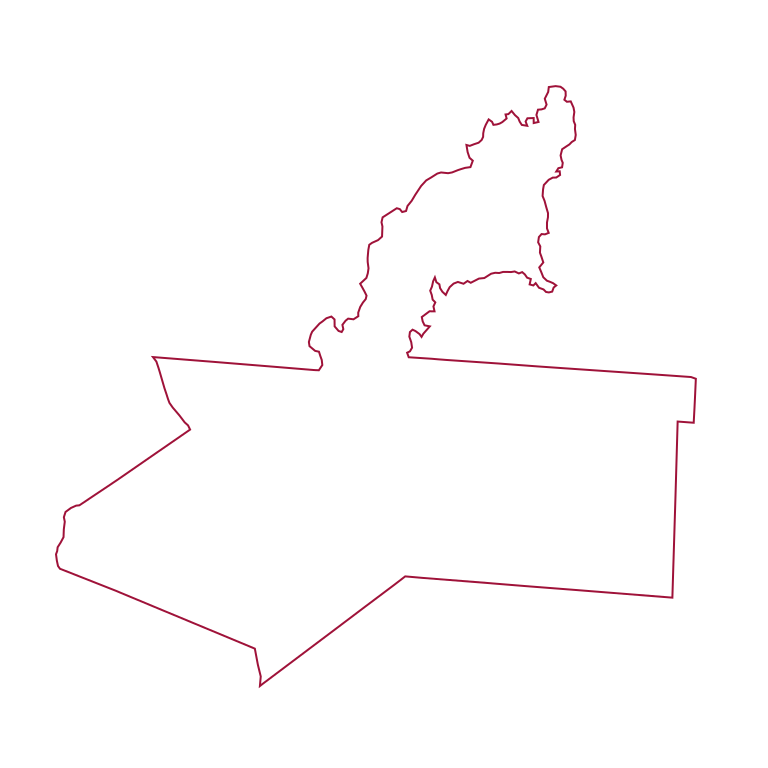 the district of Bacabal, Maranhão, Brazil, rotated 5°
{"feature_id": "56859067B39031921407677", "entity_name": "Bacabal", "entity_type": "district", "adm_level": 2, "iso_a3": "BRA", "parent_name": "Brazil", "parent_adm1": "Maranhão", "projection": "natural_earth1", "projection_center": [-44.74, -4.12], "detail": "fine", "context": "isolated", "style": "outline", "palette": "rose", "viewbox_px": 768, "rotation_deg": 5, "n_neighbors": 0, "source": "geoboundaries", "source_scale": "gbopen_adm2", "svg_char_len": 3660}
<svg xmlns="http://www.w3.org/2000/svg" viewBox="0 0 768 768"><g transform="rotate(5 384 384)"><path d="M695.9,395.6L695.4,380.9L695.0,370.6L694.2,351.6L689.2,350.3L653.8,350.9L562.8,352.6L534.9,353.1L496.2,353.6L444.3,354.6L435.3,354.7L429.4,354.7L406.3,355.2L404.3,350.8L407.0,349.2L408.8,345.4L407.5,340.0L405.1,334.6L405.3,330.0L407.7,327.4L410.7,328.5L415.1,331.2L417.3,333.8L418.8,330.5L422.2,325.9L424.6,322.6L419.3,322.0L417.1,318.3L415.8,314.0L423.0,307.6L428.0,307.2L426.5,302.4L428.0,298.2L425.1,295.7L423.8,291.1L421.9,287.0L423.3,282.8L424.0,277.4L425.4,273.4L427.3,278.0L430.5,279.9L431.5,283.6L434.1,287.0L437.8,289.9L439.2,285.9L441.0,281.8L444.6,277.9L448.7,275.9L454.5,277.2L458.2,274.1L461.6,275.6L469.4,270.7L474.7,269.7L481.1,264.8L485.1,263.5L489.1,263.4L492.8,262.0L497.2,261.6L500.8,261.4L504.4,260.5L508.7,262.1L511.9,260.5L514.7,262.5L517.3,265.6L521.1,266.6L520.4,272.1L524.2,272.8L526.3,270.3L530.0,274.6L534.7,275.9L537.4,278.2L540.3,278.4L543.5,277.3L544.6,273.1L547.0,270.8L543.6,268.8L540.3,267.7L537.3,266.9L533.4,263.8L530.8,258.6L528.5,254.3L532.1,249.0L529.6,243.2L527.9,239.6L527.7,233.3L525.2,229.4L525.5,224.1L527.9,220.9L531.3,220.9L534.9,219.1L532.8,214.8L532.3,208.9L532.8,203.6L532.5,199.5L530.3,193.9L528.0,187.6L525.6,182.9L525.5,176.3L525.9,171.8L530.3,166.2L534.1,163.7L537.6,163.3L541.2,160.4L540.5,156.8L537.1,157.3L538.9,153.8L542.5,152.6L542.8,148.1L541.3,145.2L540.0,140.9L541.0,134.6L545.1,131.3L547.8,129.2L549.9,126.6L552.9,124.3L553.3,119.2L552.0,113.3L551.9,109.2L550.1,105.6L549.6,101.9L549.9,96.4L548.7,92.1L545.4,86.2L541.6,86.9L538.9,85.1L539.9,81.0L539.4,76.7L536.8,74.2L533.9,72.5L529.0,72.3L522.3,73.8L522.1,78.8L519.3,85.8L521.6,91.5L520.1,95.4L517.0,96.7L513.5,97.3L512.4,102.7L515.1,109.5L510.4,111.0L509.9,106.0L503.7,106.8L502.2,110.2L504.2,114.3L498.7,113.9L496.3,110.8L494.5,107.3L491.0,104.7L487.3,100.9L484.4,104.3L481.6,104.9L483.0,108.8L479.0,112.8L476.5,114.5L473.7,115.6L470.4,116.3L468.8,113.4L465.2,111.3L462.8,116.9L461.5,121.1L461.0,125.6L461.2,129.2L460.0,132.4L457.2,135.4L453.0,137.2L448.7,139.3L445.3,138.7L447.1,145.7L449.5,151.2L453.0,153.8L451.2,160.4L446.0,161.6L442.0,163.2L439.0,164.5L433.4,167.3L429.5,168.4L422.4,168.3L418.8,169.7L412.9,174.2L408.3,177.5L403.7,183.5L398.7,192.7L395.6,199.1L391.9,204.6L390.9,209.7L387.1,211.1L384.5,208.4L381.4,207.8L370.7,216.1L368.1,218.1L367.4,223.1L368.7,227.2L369.2,237.3L365.5,241.2L359.8,244.4L357.2,246.6L356.7,251.8L356.7,259.9L357.1,263.8L358.5,270.1L358.2,275.2L357.2,279.9L351.5,286.2L354.0,289.8L356.6,293.7L358.9,297.5L358.4,301.0L355.9,304.7L353.6,309.3L352.1,315.2L352.5,318.7L348.0,322.2L342.6,322.0L340.2,324.3L337.4,328.7L338.7,332.9L337.3,335.9L334.1,335.1L329.8,330.9L329.1,324.0L325.7,321.4L320.9,323.5L317.3,327.0L314.5,329.4L307.9,338.1L306.8,341.3L305.5,348.7L306.5,352.8L312.5,357.0L316.4,357.5L318.1,361.6L319.9,365.5L320.9,370.5L317.9,376.0L313.3,376.2L274.8,376.4L210.9,376.8L151.5,377.3L155.3,381.5L157.9,387.5L159.6,391.7L165.7,407.4L168.1,412.9L170.1,417.7L171.9,421.5L175.6,425.9L182.9,433.1L188.8,439.6L192.4,442.3L194.8,446.3L175.9,462.0L164.4,471.5L126.3,503.1L91.1,531.4L87.9,532.0L82.9,534.8L77.9,539.2L76.7,544.6L78.0,549.0L77.7,556.6L78.1,564.5L75.7,570.1L73.1,575.1L73.0,578.9L72.1,582.2L73.5,588.5L75.1,593.7L77.3,596.3L135.4,613.5L139.7,614.9L184.1,629.0L214.1,638.5L278.4,658.9L282.8,674.6L286.7,686.1L286.7,695.7L289.8,692.8L358.2,631.3L384.7,607.4L411.9,583.0L421.9,573.8L435.9,573.8L439.6,573.8L506.2,573.2L510.1,573.2L542.1,573.0L552.5,572.9L591.9,572.5L689.9,571.7L688.0,538.4L687.7,532.9L684.1,469.4L679.8,395.8L695.9,395.6Z" fill="none" stroke="#9f1239" stroke-width="2"/></g></svg>